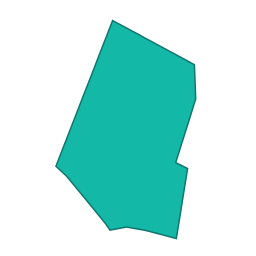 outline of Santa Cruz Papalutla, Oaxaca, Mexico, rotated 9°
{"feature_id": "50627088B11288267250354", "entity_name": "Santa Cruz Papalutla", "entity_type": "district", "adm_level": 2, "iso_a3": "MEX", "parent_name": "Mexico", "parent_adm1": "Oaxaca", "projection": "natural_earth1", "projection_center": [-96.589, 16.954], "detail": "fine", "context": "isolated", "style": "filled", "palette": "teal", "viewbox_px": 256, "rotation_deg": 9, "n_neighbors": 0, "source": "geoboundaries", "source_scale": "gbopen_adm2", "svg_char_len": 1166}
<svg xmlns="http://www.w3.org/2000/svg" viewBox="0 0 256 256"><g transform="rotate(9 128 128)"><path d="M193.1,214.7L193.1,188.5L193.2,158.7L180.5,154.7L187.2,110.2L190.3,88.7L183.7,55.1L167.6,49.4L154.1,44.7L148.8,42.8L143.0,40.8L136.5,38.5L130.4,36.4L123.7,33.9L123.4,33.8L123.1,33.7L122.5,33.5L121.7,33.2L120.8,32.9L120.3,32.7L119.7,32.5L119.0,32.3L118.6,32.2L118.1,32.0L117.6,31.8L117.1,31.7L116.5,31.5L115.9,31.2L115.0,30.9L114.3,30.7L113.7,30.5L113.1,30.3L113.0,30.2L112.4,30.0L111.8,29.8L111.2,29.6L110.6,29.4L110.2,29.2L109.3,28.9L108.8,28.7L108.4,28.6L107.9,28.4L107.4,28.2L106.9,28.1L106.4,27.9L105.7,27.7L105.3,27.5L105.1,27.4L104.9,27.4L104.5,27.3L103.9,27.0L103.5,26.9L103.0,26.7L102.6,26.6L102.0,26.4L101.4,26.2L100.7,25.9L100.1,25.7L99.6,25.5L99.2,25.4L98.5,25.2L97.9,25.0L97.4,24.8L96.8,24.6L96.4,24.4L96.0,24.3L95.4,27.1L93.7,34.7L92.1,42.3L90.2,50.7L86.9,66.0L85.3,73.6L82.0,88.8L80.3,96.5L78.6,104.1L77.0,111.7L75.0,120.9L73.7,127.0L72.0,134.7L68.7,150.0L67.0,157.6L63.7,172.9L62.8,177.1L74.5,184.9L100.2,207.6L121.0,226.2L126.2,231.7L141.9,226.1L161.2,226.4L193.0,229.6L193.1,214.7Z" fill="#14b8a6" stroke="#0f766e" stroke-width="1.5"/></g></svg>